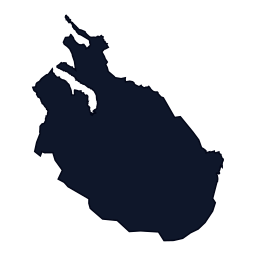 Sunndal nor, Møre og Romsdal, Norway
{"feature_id": "86288312B1434706694830", "entity_name": "Sunndal nor", "entity_type": "district", "adm_level": 2, "iso_a3": "NOR", "parent_name": "Norway", "parent_adm1": "Møre og Romsdal", "projection": "orthographic", "projection_center": [8.529, 62.636], "detail": "fine", "context": "isolated", "style": "filled", "palette": "ink", "viewbox_px": 256, "rotation_deg": 0, "n_neighbors": 0, "source": "geoboundaries", "source_scale": "gbopen_adm2", "svg_char_len": 5341}
<svg xmlns="http://www.w3.org/2000/svg" viewBox="0 0 256 256"><path d="M108.3,47.3L107.1,45.5L106.8,44.2L107.1,43.7L105.4,43.3L105.1,42.5L105.2,42.1L104.8,41.5L104.3,41.7L104.0,41.5L103.7,40.8L103.7,39.8L102.9,39.3L102.8,37.8L103.1,36.9L102.1,36.5L101.3,35.6L99.5,36.9L98.9,37.0L98.1,36.3L97.2,36.5L96.7,37.1L96.0,37.4L93.5,37.2L91.6,37.4L89.7,37.0L86.7,34.3L85.1,32.4L85.0,31.7L81.0,30.0L79.3,29.7L78.1,28.8L77.6,28.0L76.8,27.5L76.5,26.9L73.3,23.8L72.4,22.6L70.8,22.1L70.9,22.3L70.8,22.6L71.8,23.5L71.7,23.8L72.1,23.9L72.7,24.6L72.7,25.6L72.5,25.9L72.9,26.7L72.8,26.9L73.0,27.2L73.5,27.5L74.0,28.7L75.0,29.5L75.8,29.7L76.0,30.5L76.3,30.8L76.6,31.8L77.6,32.7L78.5,34.0L81.1,34.9L89.0,39.6L89.4,40.3L89.7,41.2L89.8,43.0L90.3,43.7L90.4,44.7L90.3,45.1L89.6,46.2L89.2,46.3L89.0,46.5L89.4,46.4L89.1,46.8L88.8,46.4L89.1,47.1L89.0,47.6L88.2,48.2L87.7,48.0L86.1,48.8L86.1,47.7L85.8,47.1L85.2,46.5L85.1,46.0L84.5,45.6L83.9,44.5L83.0,44.4L81.3,45.0L78.8,44.6L75.5,41.9L75.4,41.6L75.0,41.4L74.9,40.9L74.1,40.1L73.2,37.6L71.0,34.7L70.7,34.6L69.5,37.1L65.5,37.5L63.4,42.2L64.3,44.2L67.3,46.4L69.8,48.9L72.1,53.6L72.5,55.0L72.5,55.6L74.5,61.4L75.7,70.2L74.2,68.9L72.4,68.0L72.3,67.1L70.8,67.0L66.6,64.6L66.0,63.0L63.6,62.8L62.0,63.3L61.3,62.7L60.8,63.1L59.6,64.4L57.1,66.0L57.0,67.0L57.6,67.2L57.7,67.4L58.5,68.1L59.6,68.3L61.1,69.3L62.7,69.9L63.5,70.7L64.9,70.6L65.8,71.4L67.3,71.6L69.8,73.9L70.8,74.1L71.4,74.6L71.7,75.2L73.3,75.8L75.2,77.4L75.8,78.1L75.5,78.7L76.4,79.3L76.2,80.0L76.8,79.9L76.9,80.0L78.1,80.5L78.4,81.3L79.6,81.6L80.2,82.0L80.5,82.9L82.2,83.5L82.7,83.9L85.0,84.6L87.4,86.6L88.7,87.1L88.9,87.4L88.8,87.5L90.0,87.8L90.7,88.2L90.9,88.7L91.9,88.7L92.7,89.7L94.1,90.8L95.7,93.7L96.5,95.6L96.6,98.3L96.9,99.1L96.7,99.9L97.3,100.6L97.5,103.2L97.7,103.8L97.4,104.4L97.6,104.7L97.1,105.9L96.9,107.1L97.0,107.9L96.6,108.9L95.1,109.6L95.0,109.9L94.6,109.9L93.6,110.8L94.7,111.6L94.8,111.9L94.3,111.9L95.0,112.4L94.2,112.8L95.4,112.5L95.8,112.9L96.4,113.0L95.9,113.0L95.2,112.7L94.6,113.0L93.7,113.0L93.4,113.2L93.9,113.1L93.7,113.3L94.0,113.4L93.6,113.5L92.5,113.3L93.3,114.0L93.9,114.1L93.3,114.1L92.6,113.8L92.9,114.5L92.7,114.2L92.6,114.4L92.7,114.1L92.5,113.7L92.4,113.6L92.3,113.9L92.5,114.4L92.1,113.7L92.0,113.4L91.7,113.3L91.5,112.9L91.2,112.4L91.7,113.4L92.0,113.4L92.1,113.9L92.7,114.8L91.8,113.6L91.7,113.6L91.8,114.1L92.4,115.0L92.2,115.2L91.5,114.3L91.2,114.6L91.0,114.1L90.7,114.1L90.7,112.6L89.8,111.7L89.8,110.4L89.4,109.9L89.3,109.5L89.6,108.0L89.6,107.6L89.3,107.5L89.3,107.1L88.6,106.9L88.5,106.6L88.6,106.3L87.7,105.7L87.4,105.1L87.4,104.6L87.8,103.3L87.4,103.1L87.5,102.9L88.0,101.7L87.5,101.9L87.3,101.5L87.7,99.9L87.5,99.2L87.8,96.7L87.4,95.6L86.7,95.1L86.0,95.6L85.1,95.3L83.7,93.9L83.5,93.1L83.8,92.5L83.1,93.1L81.7,92.8L80.9,92.0L80.9,91.5L81.1,91.0L81.0,90.9L78.5,91.1L77.7,90.7L74.7,90.0L74.5,90.3L74.5,92.2L74.6,93.3L74.6,93.7L74.7,94.1L74.4,94.8L73.5,95.2L71.6,94.8L71.1,90.6L70.4,88.5L69.7,87.1L69.2,85.2L68.5,84.1L67.4,83.4L66.8,82.3L65.9,81.7L65.6,81.0L64.9,80.9L63.9,80.1L62.4,79.9L59.8,78.5L59.3,77.8L59.5,77.3L59.4,77.1L57.5,77.3L56.4,77.1L55.5,75.7L54.3,74.8L54.0,73.5L53.3,73.3L52.4,72.2L52.0,70.1L52.3,69.8L52.2,69.5L52.4,69.5L52.3,69.0L48.5,74.1L47.6,74.7L46.9,74.7L46.3,75.0L44.4,76.4L41.5,78.7L39.5,81.4L37.1,82.7L36.2,84.0L35.7,86.9L32.8,87.3L33.9,90.3L34.6,91.0L37.0,92.7L36.6,94.2L38.1,97.0L39.8,97.7L40.7,99.1L41.3,101.3L42.0,102.5L42.2,103.5L43.5,104.3L45.0,106.6L45.8,107.3L46.4,108.1L46.7,109.4L47.7,109.7L47.8,110.2L47.8,110.8L48.3,112.0L47.8,112.4L47.6,113.3L47.8,114.0L47.2,115.6L47.0,116.0L46.2,116.0L46.1,117.3L45.6,118.4L45.6,120.8L44.8,122.1L44.3,123.4L42.0,124.0L40.1,126.3L40.0,130.0L39.8,132.1L40.2,133.3L36.7,142.3L34.7,151.5L40.3,155.9L41.9,151.6L44.6,152.7L52.9,152.6L55.2,160.2L62.4,170.2L58.2,179.1L64.2,182.3L68.1,186.7L89.0,198.8L88.9,203.3L90.3,208.4L102.6,219.0L117.2,220.4L129.3,231.5L140.5,230.8L158.5,231.9L164.0,240.6L173.6,240.4L182.7,238.3L190.4,232.8L198.2,229.0L205.1,222.4L212.6,211.1L215.3,202.7L212.6,198.5L216.9,181.9L217.4,181.6L217.7,179.0L217.6,177.6L217.2,175.5L216.4,173.9L216.4,173.2L217.0,172.8L218.4,173.8L219.3,173.6L219.5,173.2L219.3,172.5L219.0,172.0L219.1,171.0L219.6,170.0L220.7,165.8L222.2,167.2L222.2,165.7L222.0,164.4L222.3,162.2L223.1,160.6L223.2,159.3L222.9,158.8L222.4,158.6L221.9,157.9L220.9,155.3L220.9,154.5L219.3,153.7L218.9,151.9L215.3,153.0L214.4,152.2L214.3,151.1L209.9,152.4L209.8,151.7L206.3,152.8L206.4,152.4L206.2,151.9L205.5,151.4L205.8,150.7L205.1,150.3L205.0,149.9L203.8,149.3L203.8,149.0L201.5,147.7L198.7,139.9L192.9,132.1L180.3,116.7L174.6,117.5L163.3,97.8L161.0,97.0L157.9,93.6L158.0,93.4L157.9,92.6L157.3,92.0L154.8,92.0L153.3,91.5L152.1,90.6L150.8,89.3L149.8,87.7L148.7,86.4L148.1,86.7L147.6,87.6L147.3,87.7L146.1,87.1L144.7,87.8L143.6,87.7L141.5,86.2L141.1,85.4L139.8,86.3L138.7,86.6L135.0,84.8L134.1,83.7L133.9,82.8L132.6,81.8L129.7,81.2L125.5,81.9L125.1,79.7L125.3,77.8L121.1,78.7L115.1,77.7L114.2,76.6L108.2,71.5L107.1,67.3L105.6,64.5L107.3,62.0L105.2,58.9L104.3,56.4L101.8,51.9L104.2,49.1L105.3,48.9L108.3,47.3ZM66.2,15.4L65.8,15.6L65.7,16.2L65.5,16.5L65.4,17.3L65.9,18.0L66.2,19.1L66.6,19.6L66.5,19.8L67.4,20.1L68.0,21.2L69.0,22.6L69.6,22.5L70.5,21.8L70.8,22.1L70.6,21.7L70.7,21.2L69.9,20.4L70.3,19.7L68.7,18.9L68.5,18.4L68.6,18.0L68.1,17.2L67.3,16.7L66.2,15.4Z" fill="#0f172a" stroke="#020617" stroke-width="1.5"/></svg>